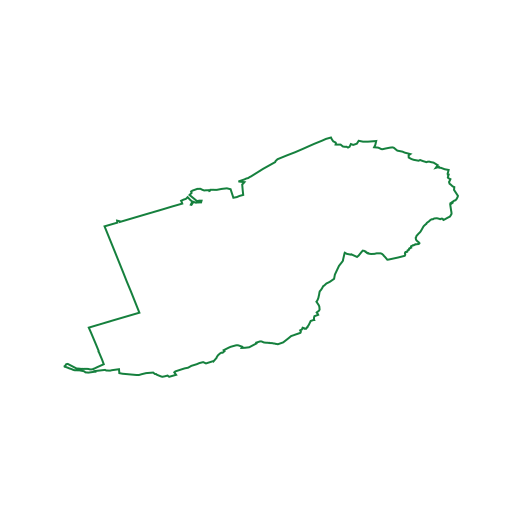 the district of Sunākstes pag., Jaunjelgavas, Latvia, rotated 349°
{"feature_id": "27541924B12084410086310", "entity_name": "Sunākstes pag.", "entity_type": "district", "adm_level": 2, "iso_a3": "LVA", "parent_name": "Latvia", "parent_adm1": "Jaunjelgavas", "projection": "equal_earth", "projection_center": [25.491, 56.46], "detail": "fine", "context": "isolated", "style": "outline", "palette": "green", "viewbox_px": 512, "rotation_deg": 349, "n_neighbors": 0, "source": "geoboundaries", "source_scale": "gbopen_adm2", "svg_char_len": 5928}
<svg xmlns="http://www.w3.org/2000/svg" viewBox="0 0 512 512"><g transform="rotate(349 256 256)"><path d="M456.5,242.5L458.4,241.6L458.0,241.4L457.5,241.1L461.4,239.4L462.4,239.4L463.8,238.3L465.2,236.5L465.7,235.5L463.0,228.9L463.8,226.2L462.6,225.4L461.8,224.5L460.9,223.2L459.8,222.0L459.6,220.2L460.6,219.0L461.5,217.7L459.7,216.3L459.3,215.5L460.6,212.9L459.8,212.7L459.8,211.8L460.4,210.6L461.5,208.3L457.7,206.8L454.3,204.7L452.7,204.3L452.6,203.5L449.3,203.8L451.7,201.5L448.1,198.2L445.8,197.3L444.0,196.4L442.7,196.2L441.1,196.4L440.3,195.9L438.0,194.7L435.4,193.1L433.8,193.5L429.2,191.7L427.1,190.5L424.7,188.5L425.0,186.4L425.4,186.1L426.9,185.4L425.1,184.5L422.1,183.1L421.4,182.7L419.7,181.5L415.0,179.6L414.5,179.2L412.4,176.6L412.1,176.2L411.1,175.6L410.6,175.4L408.3,175.2L406.4,175.2L403.8,175.2L400.7,175.3L400.0,175.2L399.0,174.7L397.6,173.6L396.5,172.9L392.7,171.8L394.1,170.0L394.5,169.3L395.9,166.1L395.7,166.1L395.2,166.0L387.5,165.1L382.9,164.2L378.8,162.5L376.4,165.0L372.6,165.5L370.5,164.2L368.7,166.6L367.0,167.1L365.7,166.0L364.2,165.8L362.2,165.1L360.3,162.8L355.4,161.8L356.0,160.5L355.7,159.7L353.7,158.2L352.7,155.9L352.2,154.0L347.1,154.4L342.8,155.4L334.6,157.0L329.3,158.2L322.9,159.7L314.2,161.6L305.7,163.1L295.6,165.1L293.4,166.5L292.7,167.5L279.6,171.8L266.1,177.0L264.8,177.3L263.3,178.0L261.2,178.1L259.4,178.6L253.0,179.5L258.7,181.3L257.7,182.1L256.1,183.2L255.5,188.8L255.1,193.6L251.2,193.9L248.5,194.5L244.9,194.5L243.8,185.6L240.3,184.0L235.2,183.6L230.1,183.6L223.9,182.3L223.3,183.1L222.5,183.3L222.2,182.4L219.1,181.9L217.7,181.8L216.0,180.8L214.2,179.4L212.8,179.2L211.3,178.9L206.1,179.7L204.6,180.3L204.8,181.8L202.4,183.4L208.5,190.8L211.3,190.9L213.1,191.3L212.3,192.9L208.9,192.3L207.2,192.2L206.2,191.7L205.0,190.9L202.4,193.5L201.8,193.2L203.9,190.4L202.5,188.9L200.1,185.2L198.7,186.2L197.9,186.6L195.9,186.8L193.0,187.5L193.4,189.0L193.6,190.5L183.2,191.4L173.4,192.4L153.0,194.3L128.9,196.6L128.9,195.9L126.4,194.8L126.3,196.8L113.0,198.0L118.3,225.1L122.7,247.9L124.2,256.0L124.4,257.0L126.4,266.7L130.7,289.4L103.7,291.9L78.2,294.4L79.4,299.7L82.1,312.6L83.4,319.1L83.1,319.8L83.4,320.3L83.7,321.7L85.1,328.3L85.9,333.2L78.6,334.9L75.7,335.7L75.0,335.7L74.9,335.9L74.3,336.0L73.4,336.0L71.3,335.6L69.9,334.9L68.8,334.6L66.8,334.2L65.0,333.9L63.8,333.6L62.9,333.5L60.8,332.8L58.4,332.2L50.6,326.0L49.1,326.0L48.2,326.9L47.9,327.2L47.1,327.7L46.3,328.0L47.1,328.1L47.7,328.4L49.3,329.4L50.1,329.8L50.4,330.2L51.1,330.5L51.4,330.8L52.1,331.1L52.6,331.4L54.2,332.4L54.4,332.6L55.8,333.4L56.5,333.6L61.5,334.7L61.5,334.8L64.7,336.1L65.5,336.6L66.4,337.7L69.3,338.5L75.3,338.8L75.9,338.9L75.7,338.2L86.1,339.0L87.1,339.8L90.9,340.7L92.7,340.6L99.9,341.0L99.5,344.9L102.5,346.1L115.6,349.9L118.3,350.5L121.3,350.2L125.8,350.0L132.8,350.8L134.2,352.5L134.4,352.6L135.4,352.9L135.5,352.9L136.1,353.7L139.8,356.1L141.0,356.7L143.4,356.7L146.4,356.5L146.6,356.8L147.7,358.0L154.9,357.4L153.6,354.6L154.8,353.9L161.1,353.1L164.6,352.7L168.0,352.7L171.6,351.5L177.3,350.9L180.0,350.3L183.9,350.1L186.4,351.9L194.3,351.0L194.6,350.9L194.6,351.0L197.8,348.5L198.1,347.9L199.6,346.3L201.9,344.9L203.3,344.4L204.0,344.3L204.8,344.6L206.9,343.4L206.3,342.3L211.6,340.8L213.8,340.3L218.9,339.9L219.9,339.9L220.3,340.0L220.9,340.1L221.7,340.4L225.1,342.4L224.3,343.5L227.7,344.0L231.9,344.3L239.8,341.9L239.7,341.1L243.8,340.6L245.0,340.9L245.7,341.3L246.5,341.9L246.7,342.0L247.1,342.3L248.5,342.8L250.4,343.3L250.9,343.4L251.7,343.7L252.4,343.7L252.9,344.1L253.9,344.3L255.2,344.6L257.0,345.4L257.7,345.5L258.5,346.0L259.5,346.3L259.8,346.4L260.6,346.8L266.2,346.0L272.1,343.0L275.2,341.3L284.9,339.9L285.1,339.7L285.6,338.8L285.5,338.4L285.2,337.4L287.0,336.9L288.1,335.3L291.1,337.0L291.5,336.7L291.4,336.7L291.7,336.5L294.2,334.2L294.9,333.4L297.3,330.2L300.4,329.8L300.9,329.9L300.8,329.2L301.0,328.4L301.3,327.3L301.9,326.2L302.9,326.1L305.8,325.6L305.6,324.8L304.8,323.0L307.4,321.7L308.2,320.7L308.4,318.8L308.5,317.7L308.4,317.2L308.2,316.2L306.6,312.4L307.6,311.5L308.5,310.2L309.2,309.1L310.6,305.9L311.3,304.0L311.8,302.9L313.3,301.7L314.5,300.5L316.0,298.7L316.4,298.3L317.2,298.1L319.9,296.4L320.3,296.3L321.9,295.9L323.6,295.4L328.3,293.3L329.9,289.3L335.6,281.5L340.0,277.7L340.6,276.9L340.6,276.6L343.5,270.1L343.8,269.7L345.5,271.2L349.4,272.8L349.8,272.5L355.0,276.2L356.8,275.2L360.0,272.5L361.8,271.1L363.1,271.6L363.4,271.8L364.5,272.6L364.4,273.1L365.6,273.9L366.3,274.3L366.0,274.6L366.4,274.9L367.9,275.5L369.4,276.0L372.7,276.5L374.8,276.4L376.1,276.6L378.9,277.2L380.1,278.0L381.2,279.4L381.4,280.0L382.6,281.8L384.2,284.7L385.4,284.8L395.0,284.6L402.0,284.2L402.7,283.3L402.8,282.2L402.7,281.9L402.9,281.6L402.9,281.3L403.0,281.1L403.5,280.8L403.9,280.8L403.9,280.6L404.4,280.6L404.7,280.8L404.8,280.8L405.4,280.6L405.6,280.1L405.8,279.6L405.9,279.4L407.3,279.1L407.4,278.9L407.4,278.5L407.7,278.2L407.8,277.9L408.3,277.7L408.6,277.6L408.8,277.8L409.1,277.8L409.7,277.3L410.0,277.3L410.0,277.2L409.9,276.9L410.0,276.2L410.3,276.1L410.4,275.9L411.5,275.7L412.0,275.6L412.1,275.4L412.4,275.4L412.4,275.6L412.8,275.6L413.6,275.3L413.9,275.3L414.1,275.1L414.3,275.2L415.0,274.9L415.7,275.1L416.0,275.2L417.4,275.1L417.9,275.3L418.8,274.8L418.9,274.6L418.2,273.4L417.2,272.3L416.3,270.8L416.2,270.2L416.2,268.8L416.4,268.7L416.7,268.1L417.5,266.8L419.3,265.5L419.6,265.2L421.2,264.2L422.2,263.4L423.8,261.6L426.0,259.0L426.6,258.5L427.9,257.7L428.9,257.1L429.1,257.1L429.4,256.9L429.7,256.4L430.2,256.0L432.6,254.9L433.6,254.2L434.4,253.8L435.4,253.5L435.9,253.5L436.1,253.6L436.5,253.7L437.0,253.6L437.5,253.3L438.5,253.2L439.4,253.3L440.5,253.4L441.4,253.7L443.6,254.8L443.8,255.0L444.0,255.0L444.6,254.8L445.0,254.7L445.7,254.8L445.8,255.0L446.3,255.2L446.7,255.6L446.7,256.1L446.9,256.4L448.1,256.1L451.4,255.0L453.9,254.3L455.2,252.9L456.0,251.9L456.2,250.2L456.2,248.5L456.4,244.2L456.5,242.5Z" fill="none" stroke="#15803d" stroke-width="2"/></g></svg>